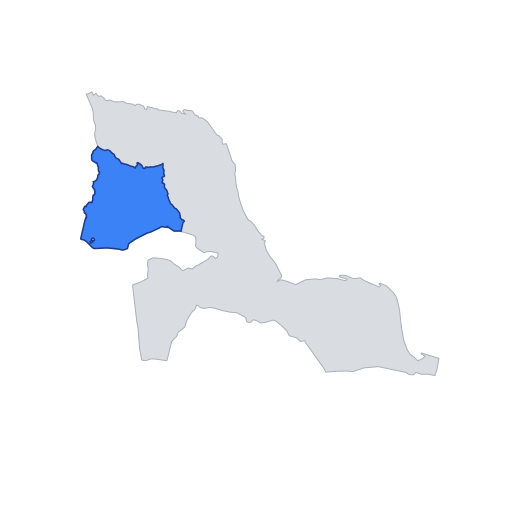 location of Niassa within Mozambique, rotated 283°
{"feature_id": "MOZ-1199", "entity_name": "Niassa", "entity_type": "Province", "adm_level": 1, "iso_a3": "MOZ", "parent_name": "Mozambique", "parent_adm1": "", "projection": "albers", "projection_center": [37.064, -13.372], "detail": "fine", "context": "in_parent", "style": "filled", "palette": "blue", "viewbox_px": 512, "rotation_deg": 283, "n_neighbors": 0, "source": "natural_earth", "source_scale": "10m", "svg_char_len": 9238}
<svg xmlns="http://www.w3.org/2000/svg" viewBox="0 0 512 512"><g transform="rotate(283 256 256)"><path d="M158.5,350.1L161.7,347.5L183.1,323.4L184.5,322.5L182.6,318.6L185.4,313.9L185.7,306.8L186.5,305.6L189.8,303.2L194.3,295.7L197.1,290.0L197.4,287.2L193.1,279.5L191.8,275.4L193.0,271.7L193.4,268.3L192.8,267.2L190.2,265.9L189.8,264.4L189.7,262.6L190.2,261.6L193.3,259.9L194.0,259.1L196.4,249.9L195.4,243.1L195.3,235.2L195.8,227.1L195.4,222.5L193.3,217.3L193.1,213.5L194.5,210.8L194.7,209.2L189.8,208.4L187.2,206.3L177.8,203.0L170.6,202.6L164.5,197.4L159.7,196.7L153.6,193.0L134.6,192.8L133.9,192.3L132.9,180.7L132.1,176.8L129.6,172.8L128.9,169.9L129.0,168.0L139.4,163.5L160.0,157.0L164.5,154.9L199.7,142.3L200.7,143.0L204.3,149.0L210.3,155.9L211.7,154.9L220.2,153.7L221.4,152.8L224.0,152.1L227.0,151.7L228.0,152.1L231.2,156.3L232.3,164.4L232.5,169.8L232.2,173.7L229.7,178.1L227.9,183.8L225.3,186.9L225.4,188.4L228.4,191.7L229.1,193.1L229.0,196.0L229.5,197.2L232.2,199.0L234.2,201.7L241.9,209.8L243.9,211.2L245.4,211.6L246.2,213.2L245.8,215.0L244.6,216.1L245.1,217.6L246.5,218.8L250.0,218.6L250.4,218.1L250.2,210.9L248.9,206.7L247.4,204.8L250.3,197.0L251.9,194.9L257.6,194.0L260.2,193.2L261.3,192.3L262.2,189.8L262.8,182.9L263.0,176.4L262.4,172.6L263.2,166.9L264.5,163.4L263.8,162.7L263.4,157.9L248.8,138.8L240.6,130.3L239.2,129.4L234.6,128.8L232.3,125.6L230.1,108.5L227.0,96.1L231.6,87.8L233.2,82.5L234.1,81.7L238.2,81.4L252.6,81.4L256.1,81.9L257.7,81.4L261.5,78.1L264.5,78.2L268.7,80.2L271.0,82.0L271.3,83.5L274.1,84.4L279.3,84.6L283.1,83.8L285.4,82.0L287.9,81.0L290.5,80.9L292.4,81.5L293.7,82.9L296.3,83.9L300.0,84.4L304.1,83.6L308.6,81.3L311.1,78.8L312.5,74.7L313.3,74.2L319.6,73.8L322.9,74.6L327.2,77.2L334.6,72.7L339.3,71.2L343.8,71.2L347.5,70.1L350.3,68.0L353.4,66.6L359.6,65.0L363.8,62.8L375.5,54.1L376.7,56.7L379.0,59.1L375.9,61.6L378.6,63.3L376.6,65.7L376.3,67.4L377.2,69.1L375.9,71.9L374.1,74.0L373.7,75.6L375.2,78.5L374.3,83.7L376.6,92.3L375.8,95.2L376.2,101.9L375.3,104.4L376.8,105.3L377.6,108.0L376.8,112.7L374.2,114.6L374.0,116.5L377.1,116.6L377.1,122.5L376.6,124.3L377.3,126.3L376.4,128.5L377.4,138.0L377.4,144.8L377.5,146.0L380.2,147.2L380.1,149.0L378.4,151.5L378.4,155.2L380.4,152.3L381.6,152.3L382.6,153.5L382.6,157.6L383.1,159.7L382.9,161.5L379.6,164.9L379.4,168.2L378.2,168.6L377.6,169.5L378.4,171.4L378.3,173.1L376.0,178.3L365.1,190.7L364.9,192.8L362.1,196.8L359.1,197.4L357.5,198.4L358.7,201.9L344.3,210.6L342.8,211.8L340.5,215.0L335.7,216.7L330.6,216.9L329.8,217.6L318.2,221.6L315.9,223.5L310.9,225.3L303.1,229.6L296.8,233.8L289.6,240.1L288.6,243.4L285.3,247.8L280.2,253.0L277.2,257.4L277.0,259.3L275.2,259.8L273.6,258.0L273.0,261.5L271.8,261.8L270.4,261.1L264.0,264.8L259.3,269.1L252.6,277.2L242.9,285.2L240.6,285.4L237.5,282.7L235.9,282.5L238.4,285.4L238.3,292.1L237.2,299.8L237.3,301.5L243.9,309.6L247.1,319.1L247.4,324.0L250.7,330.3L252.2,339.8L252.0,348.6L253.5,350.0L254.1,348.7L254.3,343.2L255.2,341.7L256.0,341.9L256.9,344.9L257.2,348.0L256.0,354.9L256.4,357.7L258.1,362.4L256.2,367.8L253.5,382.8L254.1,383.7L255.6,384.0L256.1,382.4L257.0,382.4L257.4,383.4L256.3,389.3L255.1,391.8L250.9,398.2L248.7,400.9L244.9,403.6L236.1,407.8L218.5,414.0L207.3,418.8L198.6,424.5L194.8,428.3L193.2,432.6L190.3,437.1L193.0,440.8L196.3,443.3L197.8,438.9L198.7,438.9L197.4,457.3L185.3,457.9L181.8,457.2L179.8,457.4L179.5,449.7L177.9,444.0L178.4,439.9L178.2,437.7L175.6,436.2L174.9,431.8L176.3,428.4L175.7,400.0L171.2,386.2L165.1,376.4L164.6,371.4L161.8,360.4L158.5,350.1ZM234.9,94.8L236.4,94.1L236.6,92.6L235.6,92.0L234.7,92.1L234.3,94.4L234.9,94.8ZM233.8,92.2L232.6,91.2L231.7,91.5L231.4,92.4L232.3,93.6L233.3,93.6L233.8,92.2Z" fill="#d9dde1" stroke="#a8b0b8" stroke-width="1"/><path d="M318.1,73.1L318.3,73.4L318.6,73.5L319.1,73.9L319.3,73.9L319.6,73.9L320.2,73.7L320.4,73.6L321.5,73.8L322.4,74.4L323.7,75.8L324.6,76.3L326.5,76.8L327.2,77.2L326.3,78.5L326.2,78.7L326.0,79.5L325.7,80.2L325.6,80.9L325.4,81.2L325.3,81.4L325.2,82.2L325.0,82.9L324.9,84.6L324.9,84.9L325.0,85.4L325.1,85.7L325.4,86.2L325.6,86.5L326.0,87.1L326.0,87.7L325.9,89.0L325.7,89.5L325.5,90.3L325.2,90.7L324.9,90.9L324.8,91.0L324.7,91.1L324.6,91.7L324.4,92.2L324.2,92.4L323.6,92.7L323.5,92.9L323.5,93.3L323.4,94.1L323.3,94.5L323.2,94.7L322.4,95.5L322.0,95.6L321.5,95.9L321.3,96.1L321.0,96.4L320.7,96.7L320.3,97.0L320.1,97.6L319.7,98.5L319.6,98.9L319.4,100.4L319.3,100.6L319.2,100.8L318.8,101.0L318.5,101.3L318.1,101.9L317.4,102.5L317.0,103.1L316.8,103.3L316.4,103.6L315.9,103.9L315.9,104.0L316.1,104.7L316.3,104.9L316.3,105.3L316.3,105.7L316.2,106.2L316.1,106.4L315.9,107.6L316.0,108.0L316.1,108.4L316.2,109.5L315.9,110.3L315.8,110.6L315.9,111.3L315.8,111.6L315.7,111.9L315.6,112.0L315.5,112.5L315.5,112.9L315.4,113.6L315.4,114.2L315.3,114.7L315.3,114.9L315.4,115.7L315.4,116.0L315.3,116.4L315.2,117.0L315.1,117.4L314.5,118.1L314.5,118.4L314.6,118.5L314.8,118.6L316.0,118.8L316.6,119.0L316.8,119.1L317.0,119.4L317.2,119.6L317.3,119.7L317.7,119.8L318.2,120.0L318.3,120.0L318.4,119.9L319.3,119.4L319.5,119.3L319.8,119.2L320.1,119.3L320.3,119.5L320.3,120.2L320.3,120.4L320.2,120.6L320.0,120.8L319.9,120.9L319.9,121.5L319.7,121.8L319.7,122.2L319.6,122.5L319.4,122.8L319.3,123.1L319.2,123.2L318.9,123.5L318.7,124.1L318.5,124.3L317.9,124.9L317.6,125.1L317.2,125.5L316.7,125.9L316.2,126.4L316.1,126.6L316.1,126.9L316.3,127.9L316.4,128.1L316.5,128.3L316.8,128.4L317.0,128.4L317.3,128.2L317.6,128.2L317.7,128.3L317.8,128.4L317.9,129.0L318.1,129.4L318.2,129.7L318.3,130.2L318.1,131.1L318.1,131.4L318.2,131.6L318.6,132.1L318.9,132.6L319.0,132.9L319.2,133.4L319.2,133.7L319.2,133.9L319.2,134.2L319.3,134.5L319.4,135.0L320.1,136.9L320.2,137.1L320.6,137.5L320.8,137.8L321.1,138.5L321.2,139.0L321.3,139.2L321.6,139.6L321.8,140.1L323.2,142.2L323.3,142.5L323.7,143.2L325.1,144.4L324.4,144.8L323.4,145.0L321.4,145.3L320.4,145.8L319.6,146.6L319.1,147.0L315.0,147.7L314.8,147.9L314.7,148.1L314.3,148.4L313.8,148.7L313.5,148.8L312.6,148.4L312.1,147.6L311.6,146.9L310.5,146.9L310.1,147.2L309.5,148.0L309.1,148.1L307.2,147.9L306.8,148.0L306.2,148.2L305.9,148.5L306.2,149.0L306.2,149.5L305.8,150.1L305.2,150.7L304.8,151.0L302.9,151.0L302.5,151.2L301.6,152.1L300.7,153.3L300.0,154.1L299.2,154.8L296.7,156.2L296.3,156.3L295.7,155.9L295.4,155.9L295.1,155.9L294.9,156.0L293.3,157.4L292.8,157.6L292.5,157.7L292.3,157.8L291.9,158.1L291.7,158.2L291.2,158.4L290.9,158.5L290.6,158.7L289.9,159.5L289.6,159.9L288.4,160.4L287.7,161.3L287.3,162.0L287.0,162.8L286.0,163.9L285.8,164.2L285.7,164.4L285.4,164.8L284.2,166.1L284.2,167.1L284.1,167.5L283.1,169.0L282.6,169.4L282.5,169.6L282.4,169.9L282.3,170.1L282.0,170.4L280.6,171.9L279.9,172.3L279.6,172.4L279.2,172.4L279.0,172.5L278.1,173.2L277.6,173.3L277.1,173.5L276.8,173.6L276.2,173.4L276.1,173.5L275.9,173.7L275.2,175.0L274.7,175.7L274.7,175.8L274.6,176.0L274.7,176.6L274.7,177.1L274.6,177.3L274.4,177.6L274.2,178.0L273.8,178.3L273.6,178.2L273.2,178.0L272.7,177.8L272.2,177.4L271.8,177.3L263.2,177.4L263.3,176.4L261.9,170.9L261.9,170.3L262.1,169.7L264.7,163.2L264.2,163.3L263.9,163.2L263.5,157.8L263.4,157.4L263.1,157.0L261.9,155.8L255.5,147.8L253.9,144.7L244.9,134.1L240.3,129.9L239.5,129.4L238.7,129.1L237.9,129.0L234.8,129.1L234.4,129.0L234.1,128.9L234.0,128.6L233.9,128.4L233.4,127.5L233.1,127.1L232.6,126.6L231.8,124.8L231.7,122.8L231.9,120.7L230.4,109.0L226.9,96.9L227.0,95.8L227.5,94.5L231.9,87.7L232.8,85.3L233.0,84.3L233.1,83.3L232.9,82.2L232.9,81.8L233.1,81.5L233.9,81.3L251.7,81.3L252.7,81.3L252.9,81.6L253.1,81.6L253.8,81.6L254.4,81.4L254.5,81.4L254.7,81.6L254.9,81.7L254.9,81.9L255.0,82.1L255.3,82.1L255.3,81.7L255.6,81.7L256.0,81.8L256.4,81.9L257.0,81.6L258.3,81.3L258.5,81.1L258.7,80.6L258.9,80.3L259.2,79.9L259.5,79.7L259.3,79.2L259.7,78.9L261.0,78.7L261.4,78.3L262.1,77.4L262.5,77.2L263.4,77.3L264.3,77.7L265.2,77.7L265.5,77.8L266.0,78.3L265.7,78.9L265.9,79.3L266.4,79.6L266.9,79.4L267.2,79.4L267.7,79.6L268.6,80.2L268.9,80.3L269.4,80.4L269.6,80.5L270.2,81.0L270.4,81.0L270.8,81.2L270.9,81.7L271.0,82.2L271.1,82.7L271.0,83.1L271.0,83.6L271.3,84.1L271.5,84.3L272.5,84.1L272.8,84.1L273.2,84.4L273.5,84.4L273.8,84.4L274.7,84.1L275.5,84.0L275.8,83.8L275.9,83.7L278.7,83.7L278.9,83.9L279.0,84.4L279.2,84.6L279.9,84.9L280.4,85.0L281.9,84.7L282.3,84.6L282.9,84.5L283.1,84.4L283.4,84.1L284.3,83.7L284.6,83.6L284.8,83.4L285.5,82.4L286.6,81.1L287.0,80.9L287.2,81.0L287.7,81.1L288.3,81.5L288.7,81.5L290.9,81.3L291.2,81.2L291.8,80.8L292.1,81.6L292.7,82.4L293.6,83.1L294.4,83.6L296.5,84.0L297.5,84.1L298.4,84.1L299.0,83.7L299.5,83.9L300.0,84.3L301.4,84.8L301.9,84.8L302.4,84.7L302.5,84.6L302.7,84.4L303.0,83.8L303.2,83.5L303.5,83.4L304.0,83.3L304.9,82.8L305.4,82.7L306.2,82.7L306.7,82.6L307.2,82.4L308.2,81.5L310.0,80.7L310.5,80.4L310.8,80.1L311.0,79.8L311.0,79.5L310.8,79.1L310.7,78.8L310.9,78.3L311.4,77.2L311.4,76.8L311.6,76.5L312.0,75.4L312.1,75.0L312.2,74.8L313.8,73.9L314.2,73.8L315.2,73.8L315.4,73.7L315.6,73.5L317.0,73.2L317.7,73.2L317.8,73.1L318.1,73.1ZM235.0,95.0L235.5,94.9L236.0,94.6L236.4,94.1L236.7,93.5L236.7,92.9L236.5,92.4L236.2,92.1L235.6,91.9L235.1,91.9L234.8,92.1L234.3,93.2L234.2,93.8L234.2,94.3L234.5,94.8L235.0,95.0ZM231.9,91.4L231.4,91.8L231.4,92.2L232.1,92.9L232.4,93.4L232.7,93.7L233.1,93.7L233.6,93.2L233.8,92.4L233.5,91.6L232.8,91.2L231.9,91.4Z" fill="#3b82f6" stroke="#1e3a8a" stroke-width="1.5"/></g></svg>